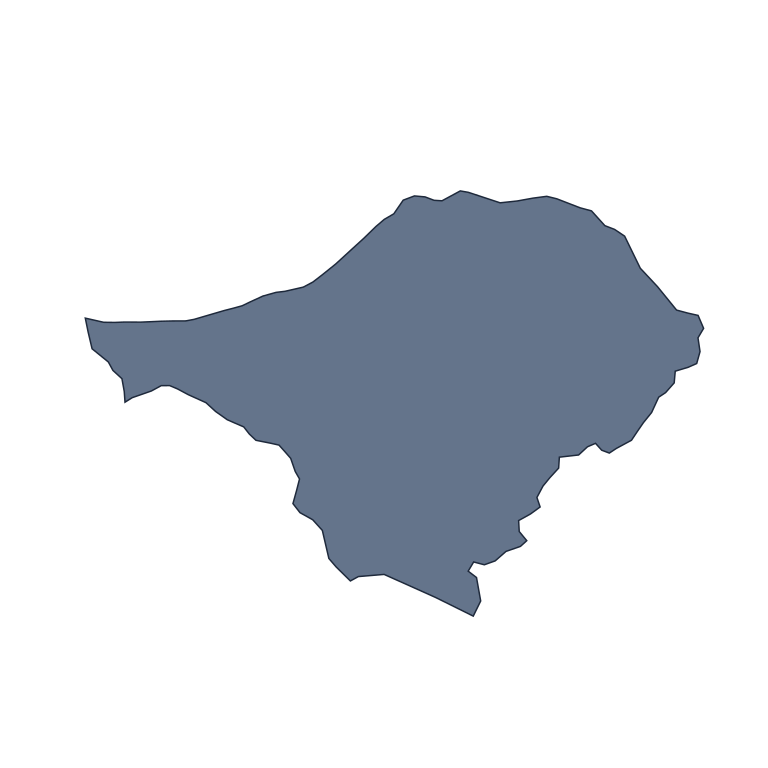 the district of Quatro Barras, Paraná, Brazil, rotated 10°
{"feature_id": "56859067B35023448273735", "entity_name": "Quatro Barras", "entity_type": "district", "adm_level": 2, "iso_a3": "BRA", "parent_name": "Brazil", "parent_adm1": "Paraná", "projection": "mercator", "projection_center": [-49.007, -25.374], "detail": "fine", "context": "isolated", "style": "filled", "palette": "slate", "viewbox_px": 768, "rotation_deg": 10, "n_neighbors": 0, "source": "geoboundaries", "source_scale": "gbopen_adm2", "svg_char_len": 1689}
<svg xmlns="http://www.w3.org/2000/svg" viewBox="0 0 768 768"><g transform="rotate(10 384 384)"><path d="M78.4,371.0L83.6,384.2L90.4,400.0L108.7,410.2L114.7,417.7L125.0,424.3L129.5,436.5L132.1,446.9L138.4,441.2L156.1,431.3L164.9,424.3L173.2,422.8L181.5,424.7L193.1,428.5L211.9,433.3L222.9,440.3L235.8,446.4L244.0,448.4L253.3,450.6L260.1,456.7L267.7,461.7L282.2,462.0L291.2,462.4L297.7,467.5L305.0,473.4L311.8,485.6L317.3,492.2L316.4,504.0L315.1,517.6L323.6,525.3L337.4,530.1L348.7,538.9L360.0,565.4L368.8,572.6L385.1,583.8L392.2,578.1L417.2,571.5L472.0,585.3L512.2,597.1L516.9,580.9L508.7,558.5L499.4,553.7L503.2,543.7L514.2,544.6L524.2,538.9L533.2,527.7L546.6,520.2L551.8,513.5L542.8,505.8L540.3,495.1L550.9,486.5L559.1,478.0L554.3,469.2L558.3,456.9L563.7,447.3L570.6,436.5L569.4,425.6L588.0,420.1L595.3,410.5L602.6,405.7L609.9,411.4L617.9,412.9L623.9,407.2L637.5,396.4L641.9,386.4L646.2,377.0L652.5,365.6L656.8,349.3L662.8,343.6L669.6,332.5L668.6,320.8L680.7,314.7L688.4,309.5L689.6,297.2L685.2,284.0L689.1,273.7L681.4,261.9L670.8,261.4L659.3,260.4L636.4,240.6L616.3,225.5L595.3,196.6L584.2,191.7L574.0,189.7L558.3,177.5L546.3,176.4L522.0,171.6L511.7,170.9L498.4,175.1L490.8,177.9L483.5,180.6L466.9,185.4L433.8,180.6L425.6,180.6L409.3,193.5L401.4,194.4L391.9,192.6L381.3,193.5L371.0,199.6L364.1,214.7L355.7,221.8L348.7,230.3L338.9,243.9L329.1,256.6L315.6,274.2L304.5,286.9L296.3,295.9L287.7,302.6L279.2,306.2L270.4,309.9L261.8,312.5L249.5,318.4L237.8,326.5L230.7,331.6L222.5,335.5L214.1,339.3L196.9,347.8L185.8,353.3L177.8,356.3L165.0,358.6L153.1,361.0L144.6,362.9L133.8,365.3L118.0,368.0L108.2,370.1L97.2,371.9L78.4,371.0Z" fill="#64748b" stroke="#1e293b" stroke-width="1.5"/></g></svg>